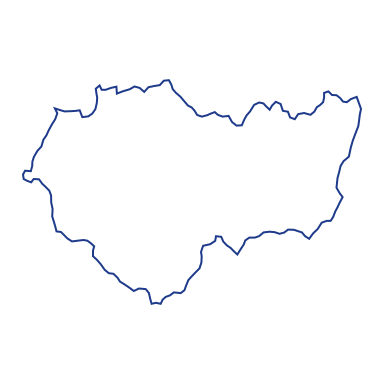 outline of Guarani, Minas Gerais, Brazil
{"feature_id": "56859067B35228269434270", "entity_name": "Guarani", "entity_type": "district", "adm_level": 2, "iso_a3": "BRA", "parent_name": "Brazil", "parent_adm1": "Minas Gerais", "projection": "robinson", "projection_center": [-43.054, -21.365], "detail": "fine", "context": "isolated", "style": "outline", "palette": "blue", "viewbox_px": 384, "rotation_deg": 0, "n_neighbors": 0, "source": "geoboundaries", "source_scale": "gbopen_adm2", "svg_char_len": 2499}
<svg xmlns="http://www.w3.org/2000/svg" viewBox="0 0 384 384"><path d="M356.7,96.9L351.0,99.0L346.8,102.2L343.0,101.6L340.2,98.1L336.5,95.2L332.0,95.0L328.4,91.4L324.1,92.9L324.1,97.6L323.1,102.2L320.0,105.1L316.8,107.2L314.3,111.7L310.4,114.8L304.1,113.0L298.2,114.1L294.8,119.2L290.1,117.4L287.9,111.7L282.9,110.8L280.6,104.0L275.8,101.8L272.0,105.6L269.7,109.7L266.3,106.5L263.4,103.4L259.1,102.5L254.1,104.9L250.0,111.5L246.5,115.5L244.2,119.7L241.8,125.3L236.5,125.6L232.0,122.0L228.6,115.9L222.6,116.6L217.8,114.8L214.8,112.1L210.8,113.6L207.2,115.2L201.9,116.6L197.2,115.0L194.5,110.6L191.7,107.5L187.9,105.5L184.4,101.4L180.3,96.6L175.8,92.7L172.7,89.1L171.4,84.8L168.9,80.2L163.8,80.7L159.8,85.1L153.8,86.1L148.5,87.2L144.2,91.9L139.6,87.9L134.5,86.5L129.6,89.3L123.1,91.2L116.9,93.6L116.4,86.7L111.0,87.9L105.6,89.8L101.7,89.8L99.6,85.5L95.8,88.7L96.4,93.3L97.2,97.6L96.8,103.0L95.4,109.1L92.3,113.6L88.2,116.4L82.3,117.1L79.7,110.3L75.6,110.9L70.3,111.2L64.6,111.4L59.8,110.0L54.9,108.4L57.3,113.3L55.2,119.2L51.8,124.6L48.7,130.3L46.4,135.4L43.4,139.7L41.4,146.5L37.5,150.7L33.9,156.9L32.4,161.6L32.2,166.0L30.8,171.2L25.1,170.7L23.0,174.5L23.7,179.0L27.3,180.9L31.2,182.3L33.7,179.0L39.0,179.3L42.2,183.7L45.7,187.0L49.3,190.7L51.1,195.5L51.2,202.4L52.6,209.1L52.2,216.4L54.1,222.5L55.4,227.0L56.5,231.4L61.0,232.0L64.2,235.2L67.5,238.5L72.0,241.4L78.4,240.6L83.6,240.0L87.4,240.7L90.7,243.1L94.2,246.3L93.0,250.6L93.0,256.2L96.9,259.8L100.9,264.4L104.6,269.7L108.8,273.2L113.5,273.8L117.6,277.8L120.0,281.6L124.2,284.2L129.4,287.7L133.8,291.0L139.0,288.5L145.7,289.1L148.9,293.0L150.2,298.8L151.6,303.8L155.9,302.8L160.7,303.8L162.6,299.7L165.7,296.9L169.9,295.4L173.8,292.4L180.7,293.1L184.4,290.3L186.0,285.9L188.3,280.2L191.5,276.6L195.8,272.1L199.5,268.4L201.4,262.5L201.7,256.2L201.0,252.0L203.1,245.8L210.2,244.2L215.2,240.9L216.0,236.2L221.2,236.8L223.3,241.6L226.9,245.4L230.6,247.9L233.8,251.2L237.3,254.5L240.6,249.3L243.7,244.6L245.3,240.4L249.4,237.6L254.8,237.6L259.0,236.2L263.6,232.4L269.7,231.7L274.8,232.2L279.5,233.8L284.1,232.6L288.1,229.6L294.0,229.8L297.8,231.1L301.9,232.4L305.1,236.2L309.2,238.8L312.9,233.6L317.6,229.1L321.7,222.7L326.6,220.9L330.6,220.9L333.2,216.9L335.3,211.4L337.7,206.9L339.5,203.0L342.6,197.1L339.6,193.1L336.5,187.7L337.5,178.1L339.2,171.9L340.6,165.9L343.6,161.1L348.9,156.6L350.8,147.5L352.8,140.6L355.5,133.4L358.3,126.1L359.1,120.4L359.8,114.7L361.0,108.9L358.7,102.5L356.7,96.9Z" fill="none" stroke="#1e3a8a" stroke-width="2"/></svg>